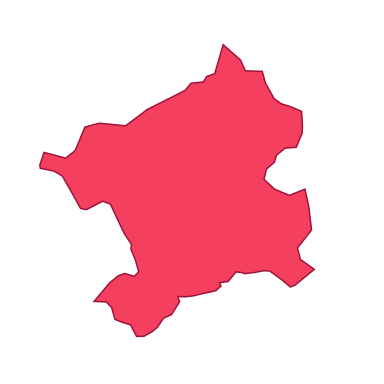 outline of Dibër, Dibër, Albania, rotated 68°
{"feature_id": "67620474B73468897065558", "entity_name": "Dibër", "entity_type": "district", "adm_level": 2, "iso_a3": "ALB", "parent_name": "Albania", "parent_adm1": "Dibër", "projection": "mercator", "projection_center": [20.381, 41.713], "detail": "fine", "context": "isolated", "style": "filled", "palette": "rose", "viewbox_px": 384, "rotation_deg": 68, "n_neighbors": 0, "source": "geoboundaries", "source_scale": "gbopen_adm2", "svg_char_len": 1185}
<svg xmlns="http://www.w3.org/2000/svg" viewBox="0 0 384 384"><g transform="rotate(68 192 192)"><path d="M118.5,83.1L106.4,81.7L99.7,97.1L87.8,97.6L67.1,107.9L90.8,126.6L90.4,135.1L94.2,140.2L90.8,152.2L95.2,160.2L98.7,202.3L105.7,228.8L93.5,252.1L91.7,266.9L109.8,284.8L113.3,296.5L105.1,307.3L99.9,314.3L109.8,322.9L113.2,323.8L120.7,312.4L128.5,306.3L144.2,304.1L165.5,301.5L168.8,296.6L167.1,278.3L172.7,272.2L204.7,270.4L217.8,267.8L222.1,270.0L234.2,270.0L246.0,271.3L248.6,277.0L242.4,284.8L242.0,291.4L245.3,302.3L256.8,323.8L261.7,312.8L268.9,309.8L281.3,311.1L286.8,305.4L292.1,298.8L305.2,297.5L307.8,290.5L306.5,280.9L304.5,274.8L298.3,265.6L298.0,256.8L289.1,244.6L283.6,244.2L286.5,238.0L288.8,229.7L290.1,220.9L292.4,206.9L290.1,200.4L286.5,200.4L288.5,192.0L282.6,181.1L284.9,176.7L287.5,173.6L290.1,164.0L291.8,155.2L294.4,149.5L307.1,141.6L316.9,136.4L316.9,131.1L309.5,107.6L295.3,116.7L283.4,115.2L272.0,95.4L249.8,89.3L231.6,86.2L231.6,103.0L220.3,114.4L207.2,120.5L198.7,114.4L195.3,104.5L189.6,99.9L186.2,89.3L189.6,78.6L178.8,67.9L172.0,64.8L158.3,60.2L149.8,68.6L143.5,76.3L136.2,80.9L118.5,83.1Z" fill="#f43f5e" stroke="#9f1239" stroke-width="1.5"/></g></svg>